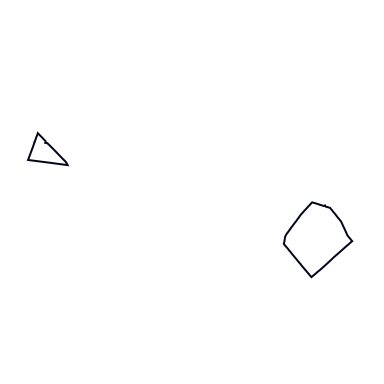 outline of Jaltenco, México, Mexico, rotated 122°
{"feature_id": "50627088B10595565108776", "entity_name": "Jaltenco", "entity_type": "district", "adm_level": 2, "iso_a3": "MEX", "parent_name": "Mexico", "parent_adm1": "México", "projection": "mercator", "projection_center": [-99.083, 19.711], "detail": "fine", "context": "isolated", "style": "outline", "palette": "ink", "viewbox_px": 384, "rotation_deg": 122, "n_neighbors": 0, "source": "geoboundaries", "source_scale": "gbopen_adm2", "svg_char_len": 2188}
<svg xmlns="http://www.w3.org/2000/svg" viewBox="0 0 384 384"><g transform="rotate(122 192 192)"><path d="M149.3,30.3L148.8,30.1L148.5,31.0L148.3,31.7L147.5,34.0L146.6,36.9L145.3,38.9L144.3,40.3L141.5,44.6L139.9,47.1L138.2,49.6L137.4,51.8L136.6,54.0L136.6,54.3L136.3,55.1L135.4,57.5L134.7,59.4L133.6,62.7L133.5,62.8L133.0,64.4L132.3,66.6L133.2,69.7L133.5,70.6L132.9,72.1L133.9,72.4L134.2,73.5L134.9,76.3L135.6,79.1L136.3,81.8L137.1,84.6L139.4,85.1L139.6,85.1L142.7,85.7L145.9,86.3L149.1,86.9L150.5,87.1L153.3,87.7L154.7,87.8L157.4,87.9L158.1,88.0L161.1,88.2L161.8,88.2L164.5,88.6L165.3,88.6L166.3,88.7L170.3,89.0L174.8,89.3L176.1,89.4L177.3,89.5L177.5,89.5L179.1,89.5L180.6,89.3L181.9,88.8L183.6,88.0L185.0,87.4L187.4,86.6L188.4,83.5L188.8,82.3L189.1,81.3L189.6,79.8L190.1,78.5L190.3,77.9L190.5,77.1L190.7,76.5L191.4,74.7L192.7,70.8L193.2,69.2L193.7,67.7L194.3,65.9L194.6,65.1L195.0,63.9L195.2,63.1L195.5,62.3L195.5,62.1L196.0,60.7L196.4,59.8L197.5,56.3L198.6,52.8L199.3,50.6L199.9,48.8L200.1,48.1L200.8,46.1L200.9,45.6L196.6,44.2L193.3,43.2L190.8,42.3L189.1,41.8L187.6,41.3L187.4,41.3L185.2,40.6L182.5,39.9L181.2,39.5L179.7,39.1L176.0,38.1L172.4,37.2L169.7,36.4L167.1,35.6L163.5,34.5L160.0,33.5L157.3,32.7L154.7,31.9L153.4,31.5L149.3,30.3ZM251.7,348.0L250.4,345.1L250.2,344.7L242.5,328.0L235.1,311.7L234.3,313.1L233.6,314.4L233.2,315.5L232.9,316.8L232.6,318.1L232.5,318.3L232.4,319.1L231.9,321.0L231.8,321.3L231.6,322.1L231.6,322.3L231.3,323.5L231.2,324.0L231.0,324.7L230.7,326.0L230.6,326.3L230.3,327.4L229.9,329.1L229.5,330.7L229.4,331.2L229.2,332.1L228.8,333.6L228.6,334.4L228.6,334.6L228.5,334.9L228.1,336.7L227.9,337.5L227.8,337.9L227.5,339.6L227.4,340.2L227.2,340.5L228.1,342.5L227.9,342.6L227.7,342.6L226.7,342.9L226.4,343.7L226.3,344.1L226.2,344.3L225.7,346.3L225.6,346.6L225.3,347.7L224.8,349.8L224.7,350.3L224.2,352.4L224.0,353.2L223.8,353.9L225.5,353.5L227.4,353.2L229.1,352.8L230.7,352.4L232.7,352.0L233.1,351.9L233.3,352.1L233.7,351.8L234.0,351.7L235.0,351.5L235.5,351.4L236.1,351.2L239.9,350.4L240.8,350.3L241.8,350.0L243.0,349.8L243.9,349.6L244.1,349.6L245.2,349.3L245.3,349.3L248.7,348.6L250.2,348.3L251.7,348.0Z" fill="none" stroke="#020617" stroke-width="2"/></g></svg>